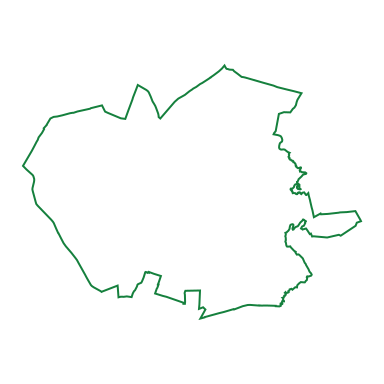 the district of Vērēmu pag., Rezeknes, Latvia
{"feature_id": "27541924B33063248942187", "entity_name": "Vērēmu pag.", "entity_type": "district", "adm_level": 2, "iso_a3": "LVA", "parent_name": "Latvia", "parent_adm1": "Rezeknes", "projection": "orthographic", "projection_center": [27.375, 56.565], "detail": "fine", "context": "isolated", "style": "outline", "palette": "green", "viewbox_px": 384, "rotation_deg": 0, "n_neighbors": 0, "source": "geoboundaries", "source_scale": "gbopen_adm2", "svg_char_len": 5934}
<svg xmlns="http://www.w3.org/2000/svg" viewBox="0 0 384 384"><path d="M224.5,65.5L222.0,68.5L218.8,71.4L213.6,75.3L210.4,77.5L210.5,77.6L202.2,83.0L200.2,84.0L196.3,86.9L193.2,88.6L192.1,89.5L189.5,91.2L184.9,94.9L178.3,98.6L174.7,101.8L160.3,118.5L158.7,117.1L158.5,115.1L158.1,113.4L156.1,108.0L155.3,106.0L154.1,103.9L152.6,101.5L150.7,96.6L148.8,92.4L147.9,91.2L146.4,90.0L137.8,85.0L136.3,89.0L133.0,97.5L132.4,99.6L128.1,111.1L125.3,118.9L120.8,118.3L107.9,112.9L105.1,111.6L102.0,105.4L90.8,108.2L90.1,108.7L77.4,111.5L73.5,112.8L72.5,112.8L70.1,113.2L62.4,115.3L57.2,116.5L53.6,116.9L50.4,118.5L46.7,124.7L46.8,124.9L43.8,128.2L43.7,128.3L43.8,128.6L44.1,129.1L42.0,132.9L38.6,137.4L37.7,140.0L36.7,141.6L34.2,146.4L31.8,150.9L23.0,165.9L26.5,169.5L32.4,174.8L33.0,175.5L33.4,176.3L34.2,179.0L34.2,180.5L34.0,181.9L32.5,188.1L32.4,189.5L32.7,190.9L35.8,202.4L36.3,204.0L37.6,205.6L51.2,219.7L52.9,221.7L53.8,223.1L56.2,228.7L58.2,233.1L58.4,233.1L61.6,239.4L63.6,243.2L65.9,246.4L71.4,252.8L75.6,258.2L77.0,260.1L78.5,262.9L85.1,274.7L86.3,277.0L87.7,279.5L90.3,284.0L90.8,284.9L91.8,286.0L93.7,287.3L100.6,291.1L101.6,291.9L102.3,291.5L104.4,290.7L117.6,285.6L117.8,287.7L118.5,297.3L120.9,296.7L123.8,296.8L126.8,296.4L131.6,297.1L132.8,293.4L134.0,291.2L135.0,290.3L136.9,286.6L137.5,284.7L138.0,284.2L141.3,282.7L142.0,281.4L143.6,277.6L144.9,273.4L145.2,272.3L145.6,272.0L147.2,272.7L147.3,272.3L148.9,272.8L149.0,272.0L153.9,273.8L160.9,276.0L158.3,283.7L158.2,283.7L157.9,284.5L158.5,284.6L157.4,287.7L156.7,288.8L155.1,293.5L162.8,295.9L166.4,296.8L183.4,302.7L183.4,303.8L184.9,303.8L185.0,302.3L185.1,302.1L184.9,294.7L184.6,293.1L185.1,291.4L185.4,290.8L200.0,290.5L199.4,304.4L199.0,308.9L203.1,307.3L205.4,309.5L200.4,318.5L204.6,317.4L204.7,317.1L219.3,313.1L223.8,312.0L233.7,309.1L234.0,309.5L242.7,306.2L247.7,305.0L250.0,304.9L259.3,305.6L259.3,305.4L261.5,305.6L266.0,305.5L275.7,305.8L275.7,306.2L279.4,306.4L280.7,305.9L280.7,305.6L280.6,305.3L281.0,304.9L280.5,304.3L280.5,303.9L280.6,303.6L282.1,304.1L282.3,304.0L282.4,303.8L281.7,303.0L282.2,301.3L282.4,301.3L282.5,301.7L282.6,301.8L282.8,301.7L283.1,301.2L284.0,301.3L284.0,301.0L283.4,300.3L282.9,300.1L283.3,298.6L282.5,297.8L283.4,297.5L284.0,297.0L284.2,295.7L284.4,295.6L284.8,295.8L285.0,295.2L285.6,295.0L285.8,294.6L285.4,293.2L284.9,292.8L285.5,292.2L286.0,293.2L288.2,292.5L288.6,292.3L288.3,291.2L289.3,290.6L289.6,289.4L291.5,288.8L292.4,289.7L295.3,287.2L297.0,287.4L297.2,285.6L297.5,285.0L299.3,283.2L300.8,282.1L304.3,282.4L304.9,282.3L305.8,280.9L306.8,280.1L307.2,278.0L307.1,277.5L306.8,277.3L306.9,276.7L307.1,276.4L307.7,276.3L308.7,276.5L311.2,275.6L311.7,274.7L311.1,273.4L309.5,271.6L308.5,269.2L306.1,265.1L305.6,263.8L304.7,262.8L302.8,258.4L299.6,255.2L298.6,254.4L296.8,254.6L295.4,252.4L295.7,251.8L294.1,250.8L290.6,247.1L290.3,246.4L288.4,246.6L287.1,246.6L286.6,246.0L286.3,245.2L285.9,242.7L285.4,241.8L285.4,241.2L285.7,240.9L285.9,239.8L285.7,239.3L285.8,238.5L285.6,237.0L285.3,236.2L285.8,234.8L285.7,233.8L285.4,232.8L286.7,232.4L287.0,231.9L288.4,230.7L289.4,229.1L289.7,228.1L289.7,227.3L290.3,225.2L290.8,224.7L292.3,224.2L293.2,224.5L293.4,224.9L293.4,225.4L293.3,225.7L292.9,227.3L292.5,228.2L292.5,229.0L292.9,229.7L293.5,229.5L295.0,227.5L295.7,227.0L297.8,226.2L298.9,224.7L300.2,222.6L302.3,220.7L302.9,220.2L302.9,219.6L303.3,219.5L304.1,219.9L304.5,220.4L305.8,221.1L305.9,221.4L305.1,222.2L305.0,222.6L305.2,223.1L303.9,225.7L302.1,226.5L301.0,228.5L301.5,228.8L302.4,229.1L302.6,229.5L306.0,228.5L307.4,230.4L309.8,234.1L310.9,233.6L312.1,236.5L313.6,236.3L327.2,237.5L338.9,234.8L340.7,235.7L355.6,225.8L356.8,222.7L361.0,221.2L360.4,219.9L355.4,211.1L346.6,212.1L340.0,212.4L338.7,212.7L328.0,213.9L321.0,214.3L320.6,213.5L313.9,217.2L312.4,210.1L311.7,207.7L310.2,201.2L310.1,200.5L308.8,195.7L308.3,193.1L306.4,195.0L305.9,194.9L304.2,192.4L303.5,192.5L302.6,192.7L302.2,193.1L301.3,194.1L300.6,193.6L300.5,193.2L300.4,192.7L299.6,192.3L299.1,192.4L299.0,192.8L298.6,193.0L298.2,193.0L298.0,192.7L297.7,192.9L297.3,194.1L296.8,194.2L296.0,194.0L295.3,193.2L293.4,193.0L292.8,193.2L292.6,192.9L292.7,192.2L292.2,191.7L292.4,191.5L292.1,190.8L291.7,190.8L290.6,189.6L290.6,189.0L291.0,188.6L291.2,188.8L291.2,189.1L291.7,189.0L292.2,188.8L293.6,187.5L294.1,186.8L294.1,186.2L294.6,185.2L295.3,184.4L296.5,184.1L297.5,184.0L297.8,184.9L297.4,186.0L297.0,186.6L297.0,187.6L297.1,188.1L297.8,188.9L300.1,189.4L300.6,189.1L300.4,188.8L299.8,188.4L299.3,187.8L299.2,187.1L299.1,186.7L299.1,186.2L299.3,186.1L299.2,185.9L299.5,185.0L299.4,184.7L297.8,183.4L297.0,182.5L297.0,181.9L297.5,181.7L298.1,180.6L298.6,179.2L301.5,176.5L303.0,174.7L304.5,174.2L305.8,174.0L306.3,173.4L306.3,173.2L305.2,172.4L301.9,172.2L301.2,171.6L300.0,171.6L299.9,170.7L299.7,170.3L301.0,168.0L301.0,167.6L300.8,167.4L300.3,167.4L299.6,167.8L298.1,168.2L297.4,167.8L296.9,167.4L296.8,167.1L296.2,166.8L295.9,166.2L296.0,166.1L295.8,165.9L296.1,165.6L296.0,165.4L295.8,165.2L295.6,164.7L295.6,164.2L295.4,163.8L295.0,163.5L294.8,163.3L294.8,163.1L294.6,162.7L294.1,162.3L293.3,162.2L293.2,161.8L293.2,161.1L292.7,160.7L291.6,160.7L290.8,159.7L290.6,159.5L290.2,159.6L290.1,159.3L289.4,158.9L289.2,158.6L289.1,158.2L289.4,157.5L288.5,156.8L289.1,155.5L289.2,155.0L288.9,154.4L288.8,154.0L289.3,153.1L289.6,152.8L287.6,151.9L284.7,149.6L283.4,149.4L281.3,149.6L280.5,149.4L279.5,148.7L279.2,148.0L279.1,147.6L279.2,145.9L279.7,143.8L280.1,143.0L282.0,141.5L282.2,140.8L282.3,139.8L281.8,138.0L281.1,136.7L280.8,136.3L279.7,135.7L277.8,135.1L273.6,134.3L274.1,133.1L275.7,131.1L278.9,113.9L283.9,112.2L290.3,112.4L292.8,108.9L294.4,107.6L295.9,105.2L296.7,101.9L297.5,99.7L301.5,93.2L293.9,91.2L286.8,89.5L277.2,87.1L273.5,85.6L263.1,82.7L245.4,77.6L243.7,77.2L241.6,76.9L237.5,73.7L234.1,71.2L232.9,69.8L229.4,69.6L227.7,69.0L227.0,69.0L226.3,68.6L225.3,67.0L224.5,65.5Z" fill="none" stroke="#15803d" stroke-width="2"/></svg>